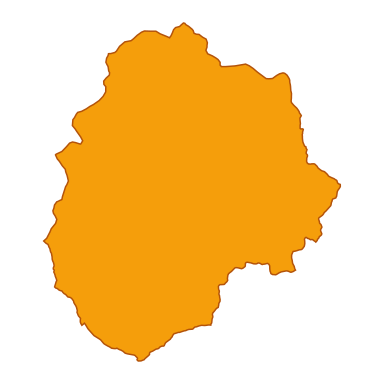 Bji, Ha, Bhutan (orthographic projection)
{"feature_id": "84629894B12913884891089", "entity_name": "Bji", "entity_type": "district", "adm_level": 2, "iso_a3": "BTN", "parent_name": "Bhutan", "parent_adm1": "Ha", "projection": "orthographic", "projection_center": [89.176, 27.451], "detail": "fine", "context": "isolated", "style": "filled", "palette": "amber", "viewbox_px": 384, "rotation_deg": 0, "n_neighbors": 0, "source": "geoboundaries", "source_scale": "gbopen_adm2", "svg_char_len": 5944}
<svg xmlns="http://www.w3.org/2000/svg" viewBox="0 0 384 384"><path d="M335.9,197.8L336.1,197.1L336.6,196.3L337.0,193.5L337.2,192.0L337.3,191.6L337.9,190.3L339.3,188.4L340.3,186.7L340.3,184.8L340.2,184.4L338.5,183.8L337.9,183.3L337.3,182.1L337.0,181.0L336.8,180.5L336.3,180.1L335.0,179.4L334.1,178.7L331.5,177.6L329.0,176.4L328.1,175.6L327.5,174.5L325.2,172.3L324.3,171.6L321.8,170.8L320.3,169.8L318.1,168.0L317.0,166.2L314.8,164.1L314.3,163.9L313.4,163.8L311.4,163.9L310.8,164.1L308.7,164.0L308.4,163.9L307.4,163.1L306.9,162.3L306.6,161.2L306.8,157.8L307.4,156.5L307.5,155.5L307.4,155.0L306.4,153.7L306.1,153.1L306.3,151.8L306.8,150.3L307.0,149.5L306.2,148.6L305.9,146.8L305.7,146.6L304.7,146.3L304.4,145.7L302.9,142.1L302.6,140.2L302.4,138.0L302.4,136.1L302.2,134.6L302.6,133.5L302.6,132.0L303.3,129.5L303.2,129.2L302.8,129.0L302.1,128.8L301.0,129.0L300.3,128.6L300.1,128.4L300.1,125.3L300.2,124.6L300.4,123.9L300.4,123.5L300.1,120.9L299.9,118.2L301.3,115.7L301.1,115.3L300.4,114.1L299.8,113.5L299.4,112.8L299.3,112.1L298.6,110.7L296.9,108.3L296.0,107.4L294.8,106.3L293.6,105.1L291.5,102.6L291.1,101.1L291.4,98.1L291.4,96.5L291.5,93.6L291.2,92.1L290.8,90.8L290.5,86.2L290.3,84.6L289.9,83.1L289.7,81.6L289.7,80.2L289.2,78.8L288.5,77.5L287.0,75.1L284.7,73.3L283.0,72.9L279.6,73.8L276.6,75.5L272.5,78.5L268.7,78.8L266.1,78.6L257.5,72.2L253.2,68.5L249.3,65.8L245.6,64.1L235.2,65.9L225.7,66.6L221.4,66.6L220.1,65.1L220.1,62.3L218.0,59.5L215.6,57.8L212.4,55.9L207.7,53.8L205.9,50.3L207.0,47.1L207.0,45.4L207.4,42.8L206.1,39.1L202.6,37.2L199.0,34.4L196.2,34.2L194.0,33.2L193.2,30.6L192.2,29.3L188.6,26.3L185.9,24.7L184.8,23.3L183.4,23.0L180.9,25.2L179.6,26.5L175.5,27.6L173.6,29.7L172.4,32.8L171.0,35.8L169.9,37.2L169.6,37.8L166.5,36.4L160.1,33.8L155.9,31.2L150.3,31.2L144.4,31.0L141.5,32.2L137.2,35.3L133.6,38.7L131.1,40.7L124.8,41.9L119.6,46.3L116.4,51.2L114.8,52.5L110.7,53.6L109.4,53.6L108.5,53.7L108.1,55.5L106.6,58.2L105.9,62.2L106.8,64.2L108.1,66.6L108.7,70.9L109.6,72.7L109.3,75.2L106.2,78.0L103.7,81.1L103.9,84.4L105.8,86.7L105.7,91.9L103.1,96.4L99.1,100.6L93.5,104.5L89.9,106.4L86.4,108.8L81.7,111.3L77.7,112.4L76.3,114.2L74.5,117.6L72.9,119.7L72.4,125.6L75.2,129.0L76.6,131.2L80.7,137.0L82.7,140.8L80.9,143.8L80.3,144.1L75.5,142.6L72.5,142.0L69.6,143.1L66.4,146.8L61.9,151.5L56.1,154.2L55.5,154.9L57.3,158.9L59.5,161.5L62.3,165.8L65.3,169.3L65.7,171.7L67.1,175.5L68.4,181.0L66.9,184.6L65.6,186.7L62.4,196.8L61.9,199.5L56.7,201.9L54.5,205.0L53.9,208.1L52.9,210.8L53.5,213.4L55.1,215.8L56.8,219.4L55.6,223.4L51.3,228.7L49.9,232.1L46.7,238.3L43.7,241.0L45.0,242.3L46.2,243.4L48.0,244.4L49.0,247.1L49.9,248.7L50.2,250.3L50.6,251.9L51.4,253.2L52.1,256.9L52.2,259.2L52.6,260.7L53.4,262.4L53.9,264.3L54.1,265.9L53.3,267.9L53.3,269.1L54.3,270.2L53.8,272.0L54.5,273.5L55.0,275.0L55.4,276.6L56.0,278.0L56.8,280.4L56.1,281.9L54.6,286.9L55.7,288.0L57.4,288.6L58.8,289.9L60.3,290.6L61.8,290.9L63.0,292.5L64.2,293.7L65.6,294.4L67.8,296.9L70.4,297.5L71.8,298.6L73.5,300.9L73.9,302.7L74.7,304.1L75.7,305.6L76.5,307.4L77.3,310.6L77.0,312.3L78.4,315.8L80.5,318.3L80.3,320.2L80.3,322.0L80.9,323.6L81.9,325.3L83.4,324.1L84.4,323.2L85.5,324.6L87.5,328.0L88.3,329.2L94.0,335.6L99.6,339.1L100.7,339.9L103.8,343.6L105.3,344.6L108.3,346.3L109.3,346.7L111.6,348.2L114.3,348.6L115.9,348.6L116.9,348.2L119.4,349.6L120.9,350.1L122.9,351.2L125.2,353.2L127.7,353.9L133.8,355.0L134.9,355.4L137.4,357.9L137.5,358.7L137.0,359.8L138.2,361.0L141.0,360.9L144.3,359.6L144.8,358.8L148.6,355.5L149.5,354.5L149.5,353.1L150.1,352.2L152.7,351.1L155.7,349.3L156.5,349.0L157.9,348.8L159.1,348.0L160.2,346.8L162.0,346.1L163.4,346.1L164.3,345.6L164.5,344.8L165.4,343.0L166.2,342.2L170.3,339.2L171.3,337.7L172.2,336.8L172.6,335.6L173.3,334.6L174.2,333.6L175.0,333.5L178.3,332.4L179.5,332.4L184.0,330.9L185.8,330.6L187.0,330.0L188.9,329.4L192.3,329.2L193.0,328.9L194.1,327.7L195.0,327.0L196.6,326.8L198.7,326.0L201.1,325.4L201.9,325.3L204.2,325.5L205.8,325.4L208.3,325.0L209.7,325.0L210.8,325.1L210.9,324.0L211.4,323.5L211.7,322.7L212.1,319.0L212.8,317.1L212.8,316.2L212.4,314.6L212.7,313.1L214.8,310.6L215.6,309.4L216.8,308.2L218.2,307.4L218.7,305.1L218.8,303.5L220.0,301.3L220.1,299.5L219.7,297.5L219.5,295.6L219.1,294.8L218.9,293.9L219.3,291.6L219.3,290.9L218.6,289.3L218.4,286.4L218.9,285.5L219.8,284.7L223.4,284.5L224.2,284.4L224.8,283.9L225.3,283.2L226.9,281.7L227.7,280.3L227.4,278.5L227.9,275.0L228.7,273.6L230.0,272.5L231.4,271.5L234.8,268.0L235.9,267.6L236.9,267.7L238.0,267.8L241.1,268.6L241.7,268.7L243.1,268.1L245.0,266.6L245.3,266.0L245.4,263.5L246.0,262.6L247.1,262.2L251.0,262.9L253.6,263.8L255.9,263.9L256.9,263.7L258.0,263.0L258.4,263.0L259.8,263.2L261.8,264.4L262.3,264.5L263.3,264.2L265.1,264.0L266.0,263.7L267.6,263.4L269.0,264.4L269.7,265.9L269.8,269.2L270.1,271.3L270.5,272.1L270.8,273.3L271.2,273.8L272.8,274.6L274.1,274.6L275.5,274.8L276.2,274.6L277.6,273.8L278.8,273.0L281.2,271.9L285.7,271.0L286.7,270.9L287.4,271.0L288.7,271.4L290.5,272.2L291.2,272.2L293.0,271.6L295.5,270.1L294.8,268.9L294.2,266.4L292.6,263.3L292.2,260.4L291.6,258.0L291.6,255.4L291.9,254.2L293.1,251.5L294.0,251.3L294.9,251.2L297.1,250.6L299.1,249.9L301.2,249.6L301.9,249.3L302.5,248.7L303.3,247.7L304.2,246.4L304.4,245.8L304.8,243.6L304.7,240.9L304.5,239.7L304.5,239.3L304.6,238.8L305.1,238.0L305.5,237.6L306.0,237.4L306.5,237.5L307.4,238.3L307.9,238.5L308.7,238.6L310.4,239.7L312.1,239.5L312.7,239.7L314.1,240.8L315.2,241.5L315.8,242.1L316.8,241.0L317.2,240.4L317.6,239.3L318.8,238.0L319.0,237.4L319.4,236.6L320.6,235.7L321.2,235.1L321.5,234.8L321.8,233.8L321.4,232.7L320.7,231.1L320.6,230.5L320.6,229.9L320.8,229.2L321.8,227.5L321.9,227.1L321.8,226.7L321.0,224.6L320.5,224.0L319.9,223.6L319.6,223.2L319.4,221.6L318.6,219.2L318.7,218.3L318.9,217.9L319.2,217.6L322.5,215.2L323.6,213.8L324.0,212.9L324.6,212.2L325.8,211.2L330.8,205.6L331.2,203.9L331.4,202.5L331.9,201.5L332.4,199.5L332.6,199.2L333.1,198.9L334.9,198.3L335.9,197.8Z" fill="#f59e0b" stroke="#b45309" stroke-width="1.5"/></svg>